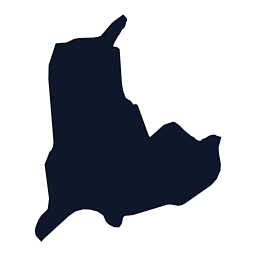 Mulanje, Mercator projection
{"feature_id": "MWI-1923", "entity_name": "Mulanje", "entity_type": "District", "adm_level": 1, "iso_a3": "MWI", "parent_name": "Malawi", "parent_adm1": "", "projection": "mercator", "projection_center": [35.569, -15.908], "detail": "fine", "context": "isolated", "style": "filled", "palette": "ink", "viewbox_px": 256, "rotation_deg": 0, "n_neighbors": 0, "source": "natural_earth", "source_scale": "10m", "svg_char_len": 2146}
<svg xmlns="http://www.w3.org/2000/svg" viewBox="0 0 256 256"><path d="M220.4,137.5L217.9,147.0L218.1,152.9L220.1,164.3L219.7,170.2L216.3,178.3L210.8,184.5L184.8,202.7L181.0,204.6L177.7,205.0L170.9,203.7L167.1,203.9L132.8,214.3L124.1,215.2L122.3,217.4L121.2,223.2L118.9,226.6L114.4,226.4L109.6,224.1L106.5,221.2L103.9,214.9L98.0,210.9L90.6,208.9L83.5,208.5L75.3,210.6L68.5,215.3L43.5,238.1L41.4,240.6L37.4,236.4L36.2,234.5L35.6,231.2L36.3,227.1L38.9,220.6L41.2,216.9L43.3,214.3L45.3,212.6L48.4,209.4L49.8,198.7L45.4,164.5L50.2,152.3L52.0,150.6L53.9,146.4L54.2,141.0L49.1,78.9L49.4,65.2L56.3,44.0L66.3,43.3L69.3,42.1L74.2,39.7L78.8,38.8L93.8,38.3L98.4,37.5L101.2,36.6L111.8,24.1L114.5,21.7L123.2,15.4L125.9,18.5L126.2,19.2L126.4,19.9L125.6,21.7L124.5,25.5L124.2,26.2L124.0,26.4L123.5,27.4L123.2,27.8L122.9,28.1L122.7,28.3L122.0,28.5L121.7,28.7L119.8,32.3L119.3,33.1L118.9,33.9L118.6,34.2L118.3,34.5L117.5,35.6L113.5,42.8L112.7,44.9L112.5,46.8L112.8,47.3L113.1,47.4L113.5,47.4L114.9,47.4L115.2,47.5L115.5,47.6L116.7,47.9L117.0,48.0L117.4,48.3L118.1,48.8L118.4,49.0L118.6,49.3L118.9,49.6L121.2,84.1L122.5,91.1L124.6,97.1L125.2,98.2L125.7,98.8L126.3,99.2L127.1,99.8L127.4,100.0L127.7,100.2L128.0,100.4L128.4,100.8L128.6,101.0L128.9,101.0L129.1,100.9L129.4,100.8L129.6,100.9L130.5,102.0L130.9,102.4L131.2,102.9L131.4,103.1L131.9,103.8L132.2,104.7L132.5,104.9L132.9,105.1L133.2,105.1L133.7,105.3L133.9,105.4L134.1,105.4L134.8,105.0L135.4,104.9L135.7,104.9L136.0,104.9L136.4,105.1L136.9,105.6L137.6,107.0L148.1,136.0L149.9,138.3L164.1,125.6L173.1,122.5L174.7,122.9L178.9,125.9L184.3,131.4L190.7,136.5L193.1,137.7L196.2,140.3L196.8,140.7L198.0,141.3L199.6,141.6L200.1,141.6L200.6,141.6L201.1,141.3L201.5,141.0L201.9,140.6L202.3,140.1L202.7,139.8L203.2,139.5L204.3,139.3L204.5,139.1L204.9,138.9L205.5,138.8L205.9,138.6L207.6,137.7L208.0,137.3L208.3,136.9L208.8,136.6L209.6,136.4L210.8,135.9L211.5,135.7L211.9,135.6L212.8,135.7L213.2,135.7L213.6,135.4L214.2,135.4L214.9,135.5L216.7,136.6L217.2,136.9L217.6,136.9L218.5,136.9L218.9,137.1L219.5,137.5L219.8,137.6L220.0,137.6L220.3,137.5L220.4,137.5Z" fill="#0f172a" stroke="#020617" stroke-width="1.5"/></svg>